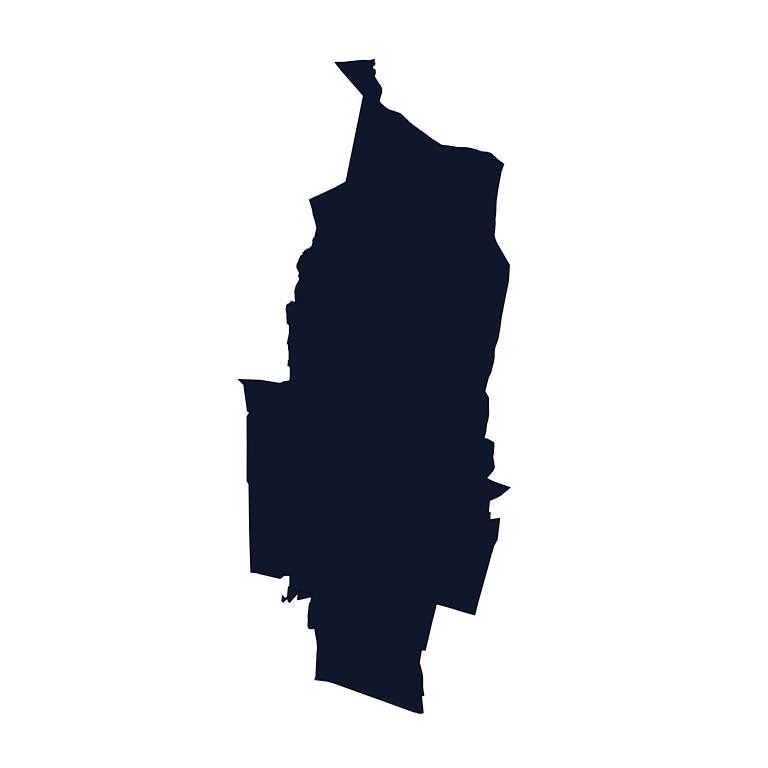 the district of Corregidora, Querétaro, Mexico, rotated 191°
{"feature_id": "50627088B75121451396907", "entity_name": "Corregidora", "entity_type": "district", "adm_level": 2, "iso_a3": "MEX", "parent_name": "Mexico", "parent_adm1": "Querétaro", "projection": "equal_earth", "projection_center": [-100.431, 20.478], "detail": "fine", "context": "isolated", "style": "filled", "palette": "ink", "viewbox_px": 768, "rotation_deg": 191, "n_neighbors": 0, "source": "geoboundaries", "source_scale": "gbopen_adm2", "svg_char_len": 5976}
<svg xmlns="http://www.w3.org/2000/svg" viewBox="0 0 768 768"><g transform="rotate(191 384 384)"><path d="M321.6,629.6L322.6,630.1L324.0,630.5L325.5,630.7L327.2,630.9L328.5,630.7L329.4,630.6L332.5,630.3L336.6,630.8L338.0,631.3L338.9,631.2L340.0,631.2L343.1,631.5L345.0,631.5L347.8,631.5L350.3,631.2L351.3,630.9L357.4,629.9L360.2,629.9L363.7,629.8L366.2,629.7L371.0,629.2L372.7,629.1L374.5,629.5L381.0,632.3L383.4,633.1L395.3,638.8L398.8,640.4L399.3,640.6L403.5,642.6L407.9,644.7L418.3,651.5L419.4,652.1L421.5,652.5L425.4,653.1L431.2,653.7L434.8,655.0L436.6,656.0L437.8,656.8L439.9,657.9L442.0,659.4L442.4,660.0L442.7,660.2L442.8,660.6L443.0,661.1L442.7,666.4L442.2,669.3L442.9,673.7L443.7,674.6L444.7,675.6L445.3,676.8L446.2,677.0L452.2,683.6L452.7,684.6L452.1,686.7L452.2,688.2L452.8,690.3L454.7,691.0L455.6,691.6L456.0,692.4L456.1,693.5L455.6,694.4L454.8,694.9L454.3,696.0L454.3,697.0L455.5,698.1L455.5,698.7L455.6,700.4L458.6,699.0L461.1,698.1L463.2,698.0L465.3,697.6L470.5,696.3L473.5,695.4L476.1,694.4L478.4,694.0L479.7,693.6L484.3,691.9L488.7,691.1L490.4,690.7L492.8,690.2L486.8,685.0L484.2,682.9L482.5,681.6L477.5,677.7L470.6,672.3L470.3,672.1L462.7,666.2L462.4,666.0L460.5,664.4L458.9,663.2L459.6,575.1L462.2,572.9L466.0,569.8L468.9,567.4L470.1,566.4L470.5,566.1L473.3,564.1L474.5,563.2L484.9,555.6L485.5,555.3L485.9,555.0L486.2,554.9L489.1,552.8L492.0,550.6L487.2,541.6L485.6,536.9L483.1,532.5L479.4,524.5L479.8,514.3L480.9,513.1L481.0,510.9L480.4,509.3L480.8,505.2L482.2,503.7L482.0,501.8L483.9,502.1L484.0,501.3L485.3,501.3L484.6,500.0L485.6,498.8L485.9,499.9L486.9,499.6L487.5,497.2L488.4,497.3L487.8,495.0L487.8,494.6L489.6,494.3L490.2,492.5L490.3,491.9L490.4,491.2L490.9,490.1L490.7,488.5L491.1,488.3L491.1,487.4L491.4,486.5L491.9,485.1L491.6,482.1L487.7,476.8L488.3,473.7L487.0,472.8L486.5,470.0L488.8,463.2L488.8,460.6L489.1,458.6L486.0,446.7L489.4,447.1L490.9,447.0L491.7,444.8L493.7,443.6L494.2,442.6L494.3,441.1L494.0,438.6L493.7,437.4L492.2,433.7L492.1,432.4L490.6,426.4L490.0,425.0L488.7,424.4L487.9,424.4L486.5,416.9L486.3,415.9L486.4,405.4L485.6,405.5L485.0,403.8L483.8,399.2L483.6,398.8L483.2,398.7L481.6,390.4L481.5,390.0L481.4,389.6L482.2,388.4L481.7,386.2L481.6,384.0L481.2,384.0L480.8,384.0L480.0,383.8L479.5,383.1L479.0,382.1L478.6,381.3L477.4,374.7L477.2,373.5L477.1,372.5L477.1,371.6L477.0,371.1L476.9,370.3L476.9,369.5L476.7,368.9L482.6,366.9L486.0,364.5L505.8,363.8L527.0,360.5L520.5,356.4L520.8,355.3L517.7,346.3L512.7,331.6L509.9,330.4L512.0,326.0L511.8,325.1L510.2,317.1L509.2,311.9L509.1,311.6L508.3,307.4L507.6,303.9L506.8,300.1L499.7,262.9L497.2,260.2L488.3,217.3L487.8,214.9L484.4,199.7L484.1,198.4L483.2,194.4L483.0,193.7L482.3,190.7L480.3,181.8L478.6,174.2L474.7,174.5L471.0,174.8L470.8,174.4L465.9,174.2L461.1,174.0L452.8,173.7L451.0,173.7L448.9,173.6L447.2,175.5L446.6,176.2L446.1,177.5L445.6,179.0L445.3,179.9L444.9,178.9L444.6,177.4L440.3,178.4L440.1,178.1L439.8,177.8L439.7,177.6L439.6,177.4L439.4,177.1L439.3,176.8L438.5,172.6L437.8,168.0L437.7,167.9L437.8,167.8L437.8,167.7L438.1,167.3L438.2,167.2L438.4,166.9L438.4,166.7L438.5,166.7L438.8,166.3L438.2,159.5L438.0,158.0L437.9,157.0L440.0,154.0L441.8,155.5L443.0,156.4L442.9,154.9L442.8,153.4L442.7,151.9L442.1,151.6L441.2,151.0L440.5,152.1L440.2,152.6L439.3,153.9L438.3,155.3L437.9,155.7L436.4,152.9L435.2,151.9L431.0,158.8L430.1,160.4L429.6,161.2L427.9,163.9L427.6,156.1L427.4,156.1L425.7,156.7L418.9,159.8L414.4,161.9L414.2,159.9L414.1,156.8L414.0,154.9L414.9,154.7L415.0,154.3L414.8,152.2L414.9,151.9L414.7,149.9L414.6,148.3L414.4,146.9L414.3,145.5L414.2,144.2L414.0,141.7L413.8,140.6L413.7,140.6L413.3,139.7L413.2,138.5L413.0,137.5L412.8,136.3L412.7,135.3L412.5,134.2L412.4,133.1L412.2,132.1L411.7,131.1L411.5,130.6L410.9,130.0L409.6,129.9L408.8,130.1L408.7,130.2L406.8,130.9L406.0,130.9L405.3,130.7L404.9,130.2L404.5,129.2L402.6,124.1L401.4,121.1L401.2,120.9L400.5,119.1L400.2,117.8L399.8,116.9L398.8,112.7L398.7,112.7L398.1,106.5L398.0,106.0L397.4,102.4L396.8,97.6L395.0,85.6L394.8,84.4L394.7,83.7L394.8,83.1L394.9,82.7L395.1,82.2L395.1,81.9L395.1,80.9L392.9,81.0L390.9,81.2L387.1,81.5L383.9,81.7L382.1,81.7L379.5,81.5L378.0,81.4L375.7,81.1L344.5,76.3L301.6,69.6L292.5,68.2L292.0,68.1L290.5,68.1L288.7,68.1L288.4,68.1L288.1,68.1L287.9,68.0L287.7,67.9L287.5,67.7L287.3,67.6L287.2,67.6L283.2,68.6L283.3,69.5L287.5,83.2L288.1,84.7L288.1,85.0L285.8,86.0L287.3,90.1L288.7,94.6L289.5,99.2L290.6,104.0L291.6,107.2L293.5,111.0L293.9,111.8L296.5,117.4L296.7,130.5L293.1,130.7L292.9,132.4L292.9,133.6L292.7,138.4L292.7,138.5L292.4,142.9L292.4,143.1L292.3,147.8L292.1,152.9L292.1,153.0L291.9,159.2L291.5,164.6L291.2,171.3L291.2,171.5L290.9,178.4L287.7,178.3L287.5,178.2L282.9,178.0L277.8,177.5L277.7,177.5L268.9,176.6L264.5,176.1L251.1,175.0L250.8,181.0L250.4,188.1L247.6,222.8L247.4,225.4L247.3,226.6L246.7,235.6L246.6,237.1L246.6,238.1L246.4,240.0L246.2,240.0L246.0,241.7L245.8,245.0L245.7,245.6L245.7,245.9L244.7,249.3L243.5,253.0L245.0,273.8L247.4,273.0L249.5,272.3L251.1,271.7L252.6,271.2L254.3,270.7L255.4,276.3L255.2,277.6L257.2,277.5L257.8,281.9L258.4,289.5L258.4,289.8L256.7,291.0L254.5,292.7L252.4,293.9L249.9,296.0L247.6,298.1L246.0,300.2L241.0,306.2L245.8,306.9L247.7,307.1L250.1,307.5L252.4,307.7L257.6,308.7L260.8,309.4L263.3,310.1L266.0,310.8L260.8,319.8L260.0,323.3L263.9,334.1L263.7,335.2L263.6,337.0L263.9,338.2L264.1,339.2L263.9,339.2L264.2,340.7L264.2,342.0L265.3,347.2L272.6,349.5L273.5,349.4L276.0,349.8L275.6,352.1L275.3,357.1L275.9,363.2L275.5,368.4L275.7,374.2L277.4,381.9L279.0,390.3L284.0,396.1L283.5,402.0L283.6,402.9L283.0,410.8L281.6,415.8L281.0,427.9L281.3,432.1L282.2,436.1L282.4,439.9L282.3,441.7L281.0,450.4L281.2,460.8L281.9,472.7L281.8,509.5L283.8,524.5L299.7,542.7L301.7,545.4L303.6,548.6L304.4,550.4L304.7,552.2L305.0,556.7L305.4,559.6L305.7,562.7L306.8,567.3L306.9,570.3L307.5,575.2L308.3,579.8L309.1,585.5L309.7,596.4L309.8,615.9L308.6,622.5L314.8,625.4L316.5,626.4L321.6,629.6Z" fill="#0f172a" stroke="#020617" stroke-width="1.5"/></g></svg>